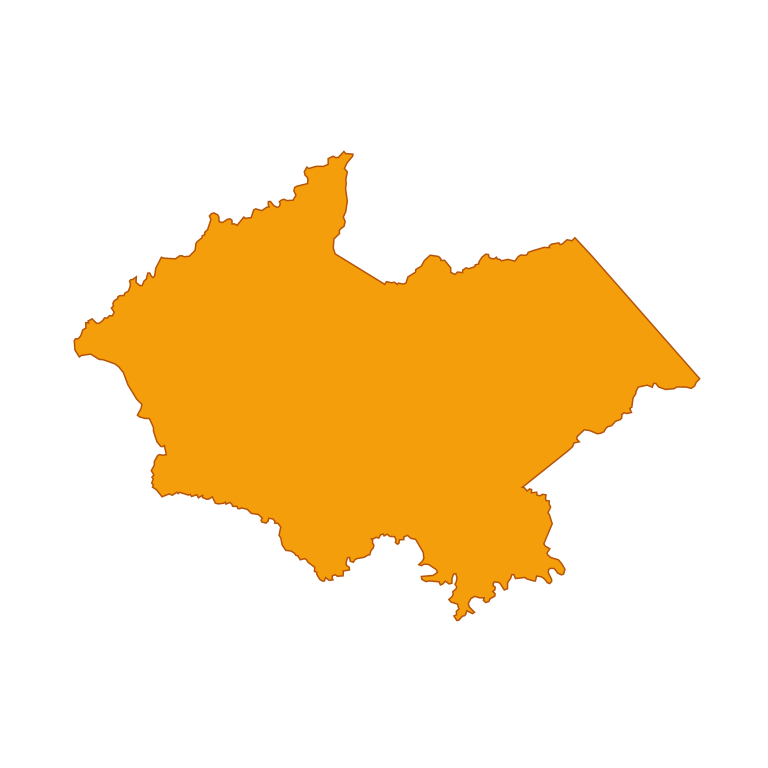 the district of Crixás, Goiás, Brazil, rotated 97°
{"feature_id": "56859067B65270192484225", "entity_name": "Crixás", "entity_type": "district", "adm_level": 2, "iso_a3": "BRA", "parent_name": "Brazil", "parent_adm1": "Goiás", "projection": "albers", "projection_center": [-50.028, -14.631], "detail": "fine", "context": "isolated", "style": "filled", "palette": "amber", "viewbox_px": 768, "rotation_deg": 97, "n_neighbors": 0, "source": "geoboundaries", "source_scale": "gbopen_adm2", "svg_char_len": 6151}
<svg xmlns="http://www.w3.org/2000/svg" viewBox="0 0 768 768"><g transform="rotate(97 384 384)"><path d="M394.3,689.7L392.5,687.8L390.1,678.7L394.3,669.6L394.1,666.0L396.8,653.6L399.3,649.3L404.5,644.0L416.1,638.0L429.1,627.7L433.8,621.8L438.1,622.2L444.9,625.0L446.4,622.7L447.3,617.1L446.9,612.6L455.1,607.6L459.0,607.0L468.9,602.4L473.2,598.0L473.1,595.9L471.9,594.5L480.6,591.4L481.6,594.3L481.4,598.1L482.5,599.9L488.9,602.5L492.5,602.1L498.4,604.4L502.3,601.3L504.7,603.0L506.3,601.5L510.7,602.5L512.1,600.6L514.6,601.2L516.7,597.0L523.0,590.5L519.3,583.9L520.2,580.5L516.7,576.4L517.9,575.0L516.4,573.7L518.1,564.7L517.2,563.0L519.1,561.3L516.7,556.2L519.6,554.4L516.6,550.5L518.7,550.2L520.0,546.0L519.6,544.0L517.0,540.6L522.8,536.9L523.2,533.7L521.9,528.6L520.6,527.0L522.5,526.2L520.4,522.6L521.6,520.6L523.9,519.3L523.4,515.1L525.4,513.8L525.4,511.9L524.3,510.4L525.1,504.4L528.6,499.9L528.8,492.9L531.9,488.5L534.3,489.4L535.8,488.5L536.5,484.2L534.2,482.3L531.4,482.1L531.4,477.9L533.6,475.5L535.4,475.5L535.2,472.2L538.6,469.1L547.0,469.7L549.4,467.7L556.1,465.5L561.1,461.2L561.1,456.0L562.9,452.2L564.7,450.7L565.1,448.6L568.7,445.7L567.0,441.5L568.1,439.3L570.2,437.7L574.4,430.4L578.5,430.2L579.0,427.9L581.5,427.3L585.9,423.8L587.1,421.0L586.8,419.1L583.3,418.5L585.6,414.4L584.6,410.8L582.5,412.0L580.6,411.7L579.2,409.1L580.5,406.9L579.4,401.2L574.5,401.5L572.8,395.6L570.1,396.1L568.6,399.2L565.7,399.9L560.8,399.0L560.4,397.0L564.0,395.9L564.7,392.8L561.7,391.2L560.6,389.5L558.3,382.3L555.7,379.1L555.4,377.3L551.1,376.7L548.0,374.7L545.2,374.4L543.3,376.0L540.7,376.2L539.2,377.5L538.9,375.4L537.1,373.3L537.6,370.5L533.9,368.8L533.1,366.4L534.8,365.4L532.7,362.5L534.5,359.8L534.3,354.7L537.4,353.1L539.8,353.4L541.4,351.2L540.3,349.8L536.8,349.7L536.0,345.3L533.4,345.8L531.4,342.2L534.0,338.4L534.3,333.7L546.4,324.5L552.3,323.2L555.4,324.5L559.1,327.5L559.8,324.7L557.9,322.3L557.7,317.7L561.8,309.6L564.4,308.0L568.0,311.9L570.5,323.5L573.4,322.5L575.0,318.1L574.0,315.5L573.6,305.3L576.6,303.5L575.4,301.4L572.3,299.1L574.5,295.0L573.5,292.3L568.7,292.8L564.1,291.8L563.6,289.6L567.6,287.9L571.9,288.2L574.0,289.2L576.3,287.2L578.6,287.5L581.7,290.4L583.9,289.7L586.5,290.3L590.0,293.4L592.3,290.9L593.5,284.2L598.3,282.3L600.8,284.5L604.2,283.9L605.7,286.4L609.9,282.8L609.2,280.8L604.9,278.0L604.4,276.2L603.0,274.9L599.0,274.2L601.1,268.1L599.6,266.3L594.9,272.2L593.1,273.0L591.1,273.5L586.4,271.6L583.7,268.0L584.6,262.7L584.0,258.5L586.7,259.0L588.5,256.4L587.1,253.5L584.3,252.6L581.0,248.1L578.6,248.2L576.7,250.7L574.7,248.8L572.0,248.9L570.9,251.0L568.8,251.4L567.0,250.3L566.9,246.3L567.9,244.4L573.8,239.5L572.1,236.5L566.0,237.1L561.6,234.7L557.6,233.9L557.4,231.9L561.1,229.8L558.8,220.4L560.0,218.9L561.2,211.5L561.1,209.7L556.0,209.1L556.2,204.2L558.2,200.6L561.3,197.7L561.9,195.2L559.5,193.5L557.4,193.9L551.2,198.0L548.3,198.0L546.8,196.8L546.3,192.6L550.6,188.4L551.8,184.5L550.8,182.6L545.9,181.8L540.7,185.7L537.2,189.5L536.0,197.1L533.6,200.8L531.8,201.6L527.3,199.3L525.3,204.2L523.1,205.9L502.2,200.0L493.4,204.0L491.7,205.6L485.8,203.6L483.0,205.5L479.9,205.7L480.0,208.7L478.0,209.8L474.4,209.6L474.1,212.9L476.0,215.7L475.6,218.6L472.8,219.2L474.0,224.5L470.8,224.6L470.4,226.8L472.8,228.9L469.8,232.2L469.7,234.1L427.9,193.2L423.2,189.2L419.3,188.2L417.6,183.1L414.9,186.1L412.6,185.9L405.0,179.6L405.2,173.9L407.4,166.2L406.5,163.0L404.6,159.9L400.8,158.3L399.1,156.6L397.5,152.9L392.9,149.8L390.6,145.3L388.8,143.9L385.3,144.3L383.3,142.2L383.7,139.3L382.1,134.9L378.3,137.1L376.9,135.2L367.4,135.1L362.9,132.9L360.6,132.9L356.1,131.3L353.1,122.7L354.5,117.3L350.7,116.5L350.3,114.2L353.5,111.1L355.1,104.0L353.3,95.4L351.3,93.2L350.2,83.7L350.9,78.6L348.2,75.5L344.3,74.3L340.3,71.3L231.6,193.3L215.6,212.3L218.9,214.9L218.5,219.9L223.3,224.1L224.2,226.2L222.6,227.6L224.8,234.8L226.9,236.9L228.5,236.3L228.9,241.8L233.7,252.8L235.8,257.0L237.7,257.4L239.1,259.2L239.3,264.1L241.2,266.3L246.1,269.0L245.2,276.3L247.4,282.3L246.1,284.5L246.3,286.5L244.5,287.9L246.5,290.1L246.3,293.0L245.4,295.2L242.7,296.1L242.8,298.9L246.2,302.2L251.2,304.6L253.4,304.7L254.6,308.0L256.5,308.1L259.2,313.8L258.7,316.7L261.3,319.7L263.9,319.6L263.9,324.6L266.6,326.8L265.1,331.3L260.5,332.0L253.8,339.0L254.5,342.6L252.7,342.9L250.8,345.4L250.5,353.8L256.6,359.0L262.6,361.4L266.5,366.4L269.1,366.3L274.8,373.3L280.9,374.4L282.5,376.7L282.1,382.0L283.6,383.0L281.7,386.0L282.6,389.0L282.1,394.0L285.0,395.4L260.8,448.3L255.3,450.9L246.2,451.4L240.1,446.5L237.4,447.0L235.7,446.4L232.4,442.9L227.5,442.3L223.3,444.7L217.6,443.0L207.1,442.7L194.5,446.0L189.6,445.9L185.8,446.8L177.9,446.3L174.8,449.6L168.8,447.5L161.7,442.9L159.7,442.8L159.9,450.2L158.1,452.1L164.6,456.9L165.2,459.4L164.1,462.3L167.1,466.9L172.8,466.2L175.4,470.6L176.2,477.8L179.3,484.9L178.1,486.9L183.0,489.0L186.5,487.7L187.9,485.6L190.1,484.5L194.4,484.3L198.1,494.1L199.8,496.6L203.3,497.0L207.4,494.4L212.7,496.7L213.8,502.9L212.8,505.6L214.0,508.3L215.9,510.1L217.8,508.9L220.2,509.4L221.8,511.2L220.5,515.0L216.7,518.9L217.0,521.0L220.0,520.8L222.4,519.7L222.8,521.9L226.8,526.4L225.8,532.7L227.2,534.6L234.9,536.0L236.5,541.6L235.4,543.5L244.5,549.2L243.3,551.8L243.7,554.3L239.9,554.9L238.8,557.0L239.7,559.7L243.4,563.9L243.0,567.4L238.0,568.4L236.4,569.7L234.9,573.6L236.0,576.1L238.6,577.8L241.7,575.8L252.2,577.9L255.3,580.4L257.8,580.2L259.0,582.5L261.1,582.5L265.5,586.8L267.5,587.8L274.4,587.8L280.9,592.8L282.1,598.1L281.3,600.1L281.7,602.5L285.2,606.3L285.9,617.9L285.3,620.4L296.8,624.6L304.6,624.8L306.5,626.1L305.5,627.9L302.3,630.1L302.8,632.0L308.9,632.7L310.9,634.7L315.7,636.0L316.0,638.4L313.4,642.5L307.8,642.9L310.8,646.0L311.5,648.3L313.1,649.1L315.2,647.9L318.4,647.9L322.9,649.0L325.4,652.3L327.9,652.9L328.5,656.9L329.7,658.7L331.6,658.7L334.3,662.0L337.0,662.9L339.9,662.1L341.8,663.9L345.7,660.5L349.6,662.1L349.6,664.8L352.4,666.8L352.4,669.4L355.4,671.0L358.5,674.1L358.7,676.8L354.9,681.7L357.6,685.4L359.3,684.6L359.5,687.5L364.8,686.7L367.0,689.6L372.9,690.8L375.3,692.2L376.6,693.6L376.7,695.7L378.6,696.7L387.9,694.9L394.3,689.7Z" fill="#f59e0b" stroke="#b45309" stroke-width="1.5"/></g></svg>